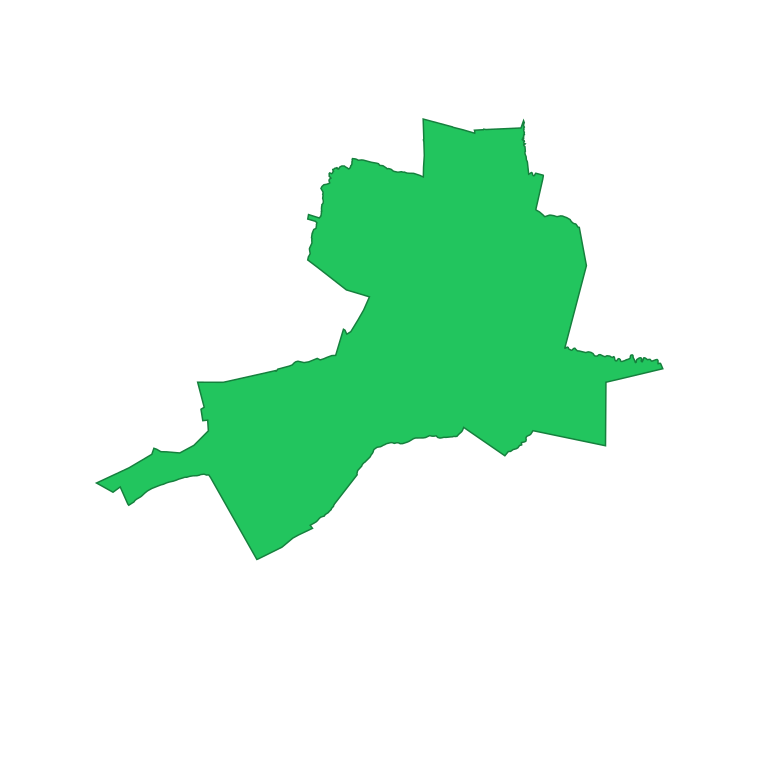 Santiago, Nuevo León, Mexico, rotated 318°
{"feature_id": "50627088B26802208573865", "entity_name": "Santiago", "entity_type": "district", "adm_level": 2, "iso_a3": "MEX", "parent_name": "Mexico", "parent_adm1": "Nuevo León", "projection": "robinson", "projection_center": [-100.188, 25.372], "detail": "fine", "context": "isolated", "style": "filled", "palette": "green", "viewbox_px": 768, "rotation_deg": 318, "n_neighbors": 0, "source": "geoboundaries", "source_scale": "gbopen_adm2", "svg_char_len": 6171}
<svg xmlns="http://www.w3.org/2000/svg" viewBox="0 0 768 768"><g transform="rotate(318 384 384)"><path d="M425.8,518.2L431.2,517.4L433.0,518.8L436.0,519.1L439.0,520.6L440.8,521.0L443.6,520.4L445.5,521.4L446.0,520.9L446.6,519.7L447.0,519.6L447.4,519.7L449.4,520.9L450.9,521.4L451.4,521.3L452.4,520.5L452.8,520.0L453.2,519.1L454.7,518.5L455.8,518.6L458.2,519.4L459.5,519.5L463.5,518.4L507.3,578.1L550.1,531.2L601.4,559.2L603.1,554.3L603.2,553.6L602.8,553.1L601.8,552.7L601.3,552.3L603.3,549.9L603.4,549.1L603.3,548.5L602.1,547.8L598.4,546.3L598.1,545.8L598.2,543.8L598.0,543.5L596.0,542.1L595.7,540.3L595.5,539.5L594.9,538.6L594.4,538.4L592.6,539.6L591.7,539.7L591.0,540.3L590.7,540.2L590.4,539.6L590.5,539.1L590.9,538.6L592.1,538.1L592.5,537.4L592.4,536.4L591.9,535.9L590.9,535.4L588.3,535.0L587.1,535.5L586.1,536.5L585.5,536.5L585.2,536.3L585.3,535.8L586.3,533.4L586.8,531.4L587.1,530.7L588.0,529.6L588.1,528.8L587.8,528.3L586.6,527.8L585.7,528.2L584.4,529.4L583.7,529.5L582.0,529.0L580.2,528.1L578.8,527.8L576.1,526.6L575.3,525.9L575.2,525.1L575.9,524.0L575.7,522.6L575.2,522.1L574.2,522.0L572.4,522.5L571.8,522.0L571.6,521.4L571.8,520.4L573.0,518.4L573.1,517.5L572.7,517.2L572.1,517.3L571.5,517.1L570.8,515.8L570.5,514.4L568.6,512.2L566.5,511.6L565.6,510.0L564.5,507.2L564.1,506.6L563.1,506.0L561.6,506.0L561.0,505.8L559.9,504.8L559.4,504.0L559.4,503.2L559.7,501.3L559.0,499.1L557.6,497.1L556.6,496.4L555.0,495.7L551.1,490.0L550.1,489.0L549.9,488.7L549.7,486.9L549.8,485.2L549.4,484.8L548.6,484.5L546.6,484.6L545.9,484.4L545.6,484.0L544.8,481.6L544.9,480.9L545.3,480.2L545.1,479.5L544.6,479.1L542.6,478.7L542.4,478.5L542.5,478.2L613.6,431.5L633.9,398.3L633.1,397.1L633.6,394.1L633.5,393.3L632.4,391.7L632.1,390.5L631.9,388.6L632.3,386.3L631.1,382.6L629.9,380.4L629.1,378.7L627.8,377.3L624.8,375.6L624.1,374.8L622.8,372.5L620.9,370.1L619.9,369.2L616.0,367.5L615.4,367.1L615.3,364.8L614.7,360.2L613.5,356.7L613.6,355.9L638.9,338.1L641.7,335.9L642.0,335.4L641.8,335.0L637.8,328.9L637.5,328.9L635.3,329.7L634.9,329.6L634.4,329.3L634.3,328.6L635.3,326.3L635.2,325.6L634.2,325.3L633.3,325.3L631.9,324.9L639.0,315.1L639.4,314.3L639.8,312.7L641.7,310.2L642.7,307.5L644.1,305.7L644.7,305.7L647.6,301.9L647.5,300.4L647.9,299.6L648.3,299.5L649.0,300.1L649.6,300.0L649.1,299.4L649.3,298.2L649.5,297.9L649.9,297.6L650.6,297.7L650.9,297.1L651.0,296.7L650.3,295.4L650.4,294.7L651.0,294.6L651.8,295.1L652.2,294.9L652.3,294.6L652.2,294.0L652.4,293.8L653.1,293.9L654.4,292.4L655.1,292.7L655.3,292.6L655.9,291.4L656.8,290.8L656.8,290.1L657.8,288.6L658.5,288.4L659.2,287.2L660.2,287.0L660.5,285.6L660.7,285.3L661.3,284.9L661.5,284.4L663.1,283.7L663.9,281.7L657.1,285.4L630.0,263.1L628.6,261.3L628.0,261.5L621.0,255.9L620.5,257.0L619.2,258.3L612.9,248.1L607.2,239.6L606.9,238.7L590.4,213.3L577.5,228.6L576.9,228.7L576.1,229.8L576.2,230.1L566.8,241.2L558.5,249.3L551.8,256.4L550.9,254.7L550.4,253.3L547.0,247.3L543.6,244.1L542.2,242.6L540.9,240.1L540.0,239.5L539.0,237.9L536.0,235.9L533.4,232.2L533.0,229.4L532.2,227.9L531.3,226.7L530.3,226.2L530.3,225.1L529.3,221.1L527.1,218.6L527.3,216.6L526.3,215.0L523.0,210.8L518.6,204.0L517.4,202.6L514.8,200.7L514.5,200.2L514.0,198.7L513.2,197.4L511.4,195.4L510.5,195.9L510.0,196.7L509.6,197.1L509.0,197.3L507.5,198.9L506.5,199.5L505.3,199.6L504.1,200.4L503.2,200.7L502.4,200.7L501.6,200.4L501.1,198.0L500.7,197.4L500.4,195.5L498.6,193.8L496.6,193.2L495.4,193.4L494.4,193.9L494.0,193.7L493.7,193.5L493.8,191.8L493.6,191.6L493.2,191.7L493.1,192.0L492.7,191.3L491.9,190.8L489.9,190.7L489.7,190.4L489.9,189.9L489.2,190.5L488.9,192.1L488.1,192.1L487.1,192.7L485.9,192.7L484.9,190.8L484.1,190.9L482.2,193.1L482.4,194.6L482.3,195.5L480.5,195.3L479.6,195.7L479.0,196.4L478.5,197.8L478.1,198.3L477.0,198.0L475.0,197.2L472.7,195.7L470.1,195.7L468.0,196.5L467.2,200.3L466.4,201.5L465.4,201.9L465.1,202.8L464.2,203.7L462.7,204.9L461.7,206.9L461.1,207.7L459.7,208.9L457.7,209.2L457.1,210.0L456.5,210.3L454.7,212.0L453.4,213.9L453.0,213.7L452.0,215.0L451.3,215.5L450.1,216.6L449.8,216.6L449.3,217.0L447.0,217.3L441.3,207.6L437.7,210.4L441.9,217.2L442.0,219.3L440.4,220.3L440.0,220.9L437.8,222.7L437.0,222.7L435.4,222.2L434.9,222.3L432.4,223.5L432.1,224.0L431.5,223.9L427.9,226.9L427.7,227.9L426.8,228.5L424.8,231.0L419.3,233.4L418.6,234.2L416.4,237.7L414.6,238.4L412.9,238.9L410.3,240.8L412.5,252.1L419.0,288.9L431.5,309.5L418.4,315.4L407.5,319.0L394.4,322.9L389.8,322.1L389.9,321.3L390.9,318.3L391.0,317.8L390.5,316.2L367.2,330.4L364.3,328.0L359.3,326.0L356.0,324.9L352.7,323.4L351.5,320.3L342.9,317.2L338.9,314.6L335.3,309.5L333.4,308.5L331.7,308.2L328.5,308.4L325.6,307.3L315.0,301.9L312.6,302.4L312.1,301.9L312.4,301.5L265.7,275.2L246.7,258.0L234.8,281.0L231.1,280.3L224.8,290.0L228.8,292.9L222.1,301.3L201.7,302.4L186.1,298.6L177.0,288.9L172.9,285.0L171.4,280.4L170.0,277.8L164.4,280.9L138.5,275.7L104.1,265.2L110.2,283.1L119.1,284.0L113.3,301.8L113.2,303.3L119.3,304.3L121.0,303.9L122.9,304.0L127.7,305.0L129.1,305.1L133.2,305.0L136.8,305.2L141.6,306.3L147.3,308.4L150.7,309.7L153.0,310.9L156.3,312.0L158.9,313.2L162.4,315.2L165.4,316.5L167.5,317.2L172.1,319.4L173.0,319.7L174.3,320.6L175.0,321.3L177.6,322.5L180.6,324.4L183.8,327.1L185.8,328.2L187.1,328.6L190.0,330.6L191.2,332.9L192.6,334.0L192.9,334.4L192.5,337.5L172.1,429.3L173.7,429.9L199.1,437.0L213.1,437.5L219.5,439.0L234.3,443.4L234.6,439.6L241.2,441.0L242.9,441.0L246.0,440.6L247.7,440.6L249.7,441.4L251.2,442.2L253.0,441.7L256.8,442.3L257.9,442.0L260.7,442.0L261.6,441.4L264.7,441.1L265.4,440.5L267.1,440.0L303.3,433.5L304.0,432.4L306.5,430.7L312.5,430.1L313.3,429.6L314.7,429.2L316.5,429.1L317.5,429.3L324.9,428.9L327.0,428.1L328.9,427.8L330.5,427.2L331.7,426.4L332.7,425.9L336.6,426.4L339.5,428.3L340.8,428.7L342.5,429.0L344.0,429.6L345.9,430.0L350.0,432.2L351.1,433.4L351.9,435.0L354.2,436.2L355.4,437.4L356.1,439.2L358.0,440.8L362.5,442.8L364.3,443.4L369.5,444.4L371.4,445.3L377.1,450.3L379.1,451.6L383.4,452.9L384.7,454.8L386.2,456.2L388.1,457.4L388.2,459.7L389.4,461.6L391.0,462.7L392.9,463.7L394.3,465.1L398.4,468.1L399.3,468.9L400.9,469.7L401.9,470.8L403.2,471.7L405.7,471.4L409.6,471.4L411.0,471.1L414.2,469.6L425.8,518.2Z" fill="#22c55e" stroke="#15803d" stroke-width="1.5"/></g></svg>